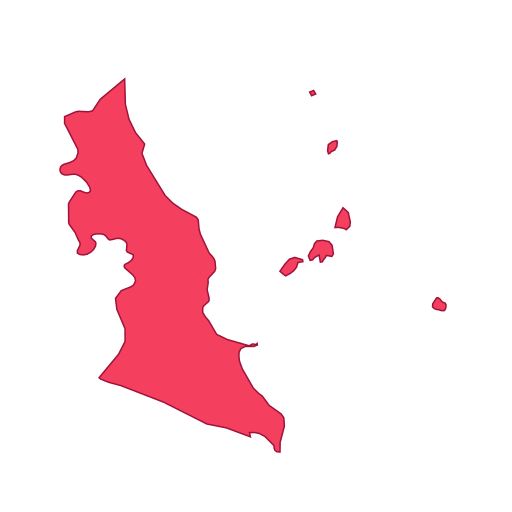 map outline of Messina (Equal Earth projection), rotated 80°
{"feature_id": "ITA-5411", "entity_name": "Messina", "entity_type": "Province", "adm_level": 1, "iso_a3": "ITA", "parent_name": "Italy", "parent_adm1": "", "projection": "equal_earth", "projection_center": [14.885, 38.306], "detail": "fine", "context": "isolated", "style": "filled", "palette": "rose", "viewbox_px": 512, "rotation_deg": 80, "n_neighbors": 0, "source": "natural_earth", "source_scale": "10m", "svg_char_len": 3088}
<svg xmlns="http://www.w3.org/2000/svg" viewBox="0 0 512 512"><g transform="rotate(80 256 256)"><path d="M58.8,354.6L83.9,358.3L99.4,357.3L113.7,353.2L126.4,346.2L135.1,350.5L147.8,348.0L180.8,334.9L189.7,328.6L197.3,320.9L207.4,308.0L210.4,306.6L219.2,307.4L224.7,307.0L245.0,301.6L248.8,299.1L251.3,297.9L253.9,297.3L261.4,297.9L264.0,299.4L268.9,305.9L270.7,307.4L273.9,307.7L280.7,310.0L289.2,309.5L291.9,310.0L293.0,311.2L295.7,315.7L297.2,317.3L302.3,318.3L307.0,316.5L311.6,313.8L326.3,308.4L333.2,298.9L343.2,278.4L342.4,275.7L342.0,274.9L342.2,274.1L343.2,271.2L342.3,270.1L343.9,270.1L344.7,273.8L343.2,282.3L344.5,286.9L347.8,289.4L352.2,290.3L356.9,290.5L364.8,289.1L385.8,281.5L391.8,277.2L394.9,274.2L405.4,269.0L416.1,258.5L420.3,256.7L428.5,257.6L443.7,264.6L453.2,266.4L452.4,269.4L450.8,271.0L448.7,271.5L445.9,271.2L435.1,278.7L431.4,283.5L429.6,287.9L428.8,293.1L433.1,292.9L420.0,315.3L412.9,333.6L384.1,372.1L360.1,411.7L354.9,422.8L350.3,430.3L348.6,431.7L329.0,408.5L317.5,399.8L304.9,397.6L284.4,402.3L273.3,401.7L266.7,394.7L264.5,384.0L263.0,381.3L259.7,379.0L256.5,379.0L253.3,380.6L244.8,387.4L242.9,387.6L241.9,387.0L241.3,385.9L240.5,383.1L238.8,379.7L236.2,377.2L233.4,376.7L229.8,382.0L228.1,382.7L222.0,381.0L220.2,381.4L218.5,382.4L216.9,384.1L215.4,386.3L214.7,388.5L214.5,390.9L214.8,393.6L214.8,397.4L213.1,399.0L210.7,400.0L208.5,402.0L207.7,403.8L207.1,405.7L206.5,409.8L206.6,412.0L207.2,413.9L208.3,415.0L210.1,414.9L213.8,411.9L215.4,411.4L218.4,412.3L221.3,414.7L223.6,418.2L224.9,422.0L225.0,425.5L224.0,429.1L222.2,431.4L219.7,431.0L214.9,427.5L212.3,427.0L209.6,428.1L201.6,430.0L192.8,434.3L190.7,434.7L172.2,431.6L170.3,430.4L161.9,422.5L160.9,420.6L161.1,417.9L163.6,413.9L164.6,411.8L164.4,409.2L163.1,407.8L161.0,407.6L158.9,408.0L154.1,409.9L148.3,414.0L145.8,416.7L144.2,419.5L143.7,422.1L143.4,428.3L142.8,430.7L141.6,432.6L139.9,433.8L138.0,434.2L136.0,433.8L134.3,432.9L133.0,431.3L132.3,429.1L131.6,423.3L130.5,419.1L128.2,415.9L123.6,413.4L120.1,412.9L92.1,421.5L85.5,420.3L82.8,409.1L82.6,406.0L84.9,395.9L84.6,391.7L74.6,382.2L58.8,354.6ZM254.0,196.3L251.8,193.6L252.1,187.6L254.5,181.7L258.6,179.2L267.4,179.4L269.6,181.4L267.7,186.5L269.5,188.0L271.8,190.6L273.2,191.5L273.2,193.7L266.0,193.7L267.4,197.9L268.3,199.5L269.7,200.9L269.7,203.5L265.0,204.4L261.2,201.7L257.7,198.1L254.0,196.3ZM242.1,169.9L241.7,173.3L231.6,168.9L223.6,161.9L229.2,157.6L239.0,157.2L243.1,158.5L245.8,162.6L244.4,164.1L243.6,165.8L242.1,169.9ZM269.7,210.8L269.7,215.8L274.0,218.0L277.0,221.3L279.2,225.5L280.7,230.3L278.3,232.6L275.2,235.1L269.0,228.9L264.9,223.6L264.1,218.1L267.7,210.8L269.7,210.8ZM339.5,77.9L341.3,78.8L342.5,80.1L342.0,82.9L340.7,85.3L340.0,87.5L338.6,89.7L336.7,91.0L333.7,90.2L328.6,85.4L328.6,84.1L330.5,82.2L333.0,81.0L334.4,79.4L335.3,77.8L337.0,77.3L339.5,77.9ZM165.3,160.1L166.3,163.8L167.8,165.6L167.9,166.9L164.7,167.2L158.8,165.4L156.7,160.9L156.4,156.5L157.4,156.1L162.1,157.3L165.3,160.1ZM103.9,174.7L103.0,170.5L106.8,169.1L107.8,173.4L103.9,174.7Z" fill="#f43f5e" stroke="#9f1239" stroke-width="1.5"/></g></svg>